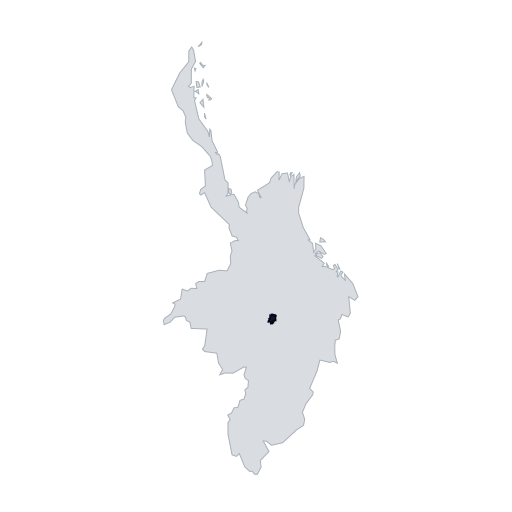 location of Mandalay, Mandalay, Myanmar, rotated 175°
{"feature_id": "60261553B2723221956862", "entity_name": "Mandalay", "entity_type": "district", "adm_level": 2, "iso_a3": "MMR", "parent_name": "Myanmar", "parent_adm1": "Mandalay", "projection": "albers", "projection_center": [96.164, 21.97], "detail": "fine", "context": "in_parent", "style": "filled", "palette": "ink", "viewbox_px": 512, "rotation_deg": 175, "n_neighbors": 0, "source": "geoboundaries", "source_scale": "gbopen_adm2", "svg_char_len": 5785}
<svg xmlns="http://www.w3.org/2000/svg" viewBox="0 0 512 512"><g transform="rotate(175 256 256)"><path d="M332.4,229.5L327.2,227.1L323.5,229.5L317.8,228.8L318.5,233.8L315.2,235.5L309.4,235.1L306.1,242.9L294.0,245.0L286.1,243.7L281.8,250.6L281.6,258.3L279.5,263.0L280.5,271.0L275.3,273.2L272.2,272.8L273.9,276.5L278.0,278.0L280.5,286.3L279.8,289.6L296.5,308.6L301.7,323.6L305.6,321.5L306.9,323.0L305.3,327.1L300.3,330.2L299.7,346.1L291.4,350.1L291.8,355.4L292.8,359.1L300.4,369.6L308.9,376.7L313.7,384.4L314.8,395.6L313.7,400.3L316.0,407.0L320.4,411.4L325.7,429.0L316.1,444.9L306.1,455.3L305.0,466.2L301.8,469.8L300.2,466.4L299.3,455.1L304.1,447.8L305.4,433.8L308.5,430.8L306.8,429.5L302.9,430.5L304.1,419.2L301.9,418.7L303.7,416.3L301.0,397.5L293.1,384.3L292.0,378.6L291.0,386.3L290.0,384.8L289.7,374.4L285.2,363.0L285.6,362.0L287.7,363.0L285.7,360.4L284.2,361.0L282.9,358.2L280.3,334.5L277.4,331.2L278.4,320.9L280.5,318.3L272.6,319.5L268.8,310.9L268.5,306.1L260.6,299.0L262.0,301.2L260.6,303.6L262.0,307.7L258.8,315.2L255.6,318.6L251.2,320.0L247.9,317.9L247.1,313.9L245.8,313.8L248.8,321.4L236.1,327.8L234.2,332.3L227.6,338.2L225.6,337.4L226.6,329.5L222.8,335.8L217.4,335.9L216.4,327.4L214.2,332.3L211.1,333.9L212.1,319.7L211.2,323.8L206.1,329.4L201.2,331.1L202.4,319.4L209.2,301.0L209.8,294.9L206.4,280.1L200.8,267.5L202.5,267.4L198.6,263.7L198.2,254.5L195.8,257.8L195.5,263.5L190.5,260.5L185.9,252.4L187.9,251.7L193.3,255.6L196.3,253.5L197.2,250.9L188.7,242.9L190.9,239.7L188.1,239.7L180.9,235.8L178.8,236.5L179.7,239.8L178.1,240.8L175.4,235.6L177.5,233.2L175.7,233.0L177.0,228.5L176.3,227.9L172.8,233.7L170.8,232.3L173.1,229.3L172.2,227.6L169.2,224.0L169.4,230.3L162.0,220.2L158.0,206.6L161.4,203.2L167.2,207.4L167.0,190.7L169.6,187.2L175.5,190.3L177.3,186.1L179.7,185.1L178.3,173.6L180.3,166.3L184.4,165.1L185.4,159.1L186.0,151.1L184.3,142.1L187.8,144.3L191.9,143.6L201.4,146.8L205.1,136.4L214.1,119.4L210.9,115.5L211.5,113.0L219.3,104.2L223.4,96.2L221.7,89.0L223.4,83.2L230.4,79.5L245.7,67.7L257.1,66.1L261.8,70.7L264.9,71.1L260.1,60.1L269.6,51.8L269.3,45.3L273.7,38.4L276.3,38.6L278.6,42.0L281.0,41.9L285.5,46.9L289.9,60.7L293.0,58.1L297.2,60.0L299.4,80.5L298.5,92.4L296.0,95.2L298.0,100.0L294.0,101.8L291.2,106.6L287.2,107.0L284.5,113.6L280.4,114.6L278.2,119.7L278.8,123.6L275.5,125.8L274.4,132.5L277.4,135.1L278.3,138.6L275.3,146.1L277.9,146.4L289.1,141.3L297.1,142.1L302.5,140.8L299.2,145.9L302.6,152.5L303.5,162.6L315.5,165.3L317.5,167.8L314.9,171.0L311.1,187.5L326.9,189.5L327.6,195.8L331.0,198.0L331.6,201.5L333.7,202.6L342.2,202.1L347.1,197.7L353.5,195.6L354.0,199.2L352.6,201.9L345.7,205.8L341.1,213.4L340.8,215.1L343.1,216.5L334.9,219.7L332.4,229.5ZM190.9,248.0L196.0,251.1L195.0,253.4L191.8,253.5L189.3,249.5L190.9,248.0ZM295.0,408.8L298.5,413.5L295.2,416.7L295.0,408.8ZM190.1,268.5L187.4,266.7L185.6,264.1L191.3,264.3L190.1,268.5ZM300.2,429.0L300.4,435.1L298.2,434.5L296.8,429.3L300.2,429.0ZM208.9,331.2L205.4,335.1L204.9,331.7L209.8,326.8L208.9,331.2ZM277.2,325.7L275.0,324.5L274.7,320.9L276.4,319.9L277.7,321.6L277.2,325.7ZM293.3,436.6L292.8,434.6L295.0,429.6L294.7,433.9L293.3,436.6ZM292.2,448.1L295.2,452.7L294.7,453.7L291.9,450.1L290.2,450.3L292.2,448.1ZM302.2,425.4L299.1,426.8L298.8,422.5L302.2,425.4ZM295.4,469.5L291.3,473.6L291.8,471.3L295.4,469.5ZM174.4,236.3L175.7,241.4L173.5,235.3L174.4,236.3ZM295.0,399.0L294.9,402.9L293.8,396.7L295.0,399.0ZM186.1,240.1L186.6,243.3L184.4,238.7L186.1,240.1ZM291.1,421.1L288.8,419.2L289.5,417.8L290.7,418.1L291.1,421.1ZM289.4,415.6L287.9,418.2L286.4,416.6L287.6,415.5L289.4,415.6ZM289.9,430.8L290.0,433.0L288.2,427.9L289.9,430.8ZM214.3,335.9L212.7,335.8L214.9,333.2L215.1,334.2L214.3,335.9ZM301.0,448.5L299.5,448.1L300.6,445.6L301.0,448.5Z" fill="#d9dde1" stroke="#a8b0b8" stroke-width="1"/><path d="M247.2,195.6L247.3,195.3L247.3,195.2L247.2,194.8L247.2,194.6L247.0,194.4L246.9,194.2L247.0,194.0L247.3,194.2L247.3,193.9L247.4,193.5L247.4,193.3L247.6,193.2L247.7,192.9L247.8,192.7L248.0,192.5L248.0,192.4L247.9,192.4L248.0,192.4L247.9,192.2L248.0,192.2L247.9,192.1L248.0,192.0L248.0,191.9L247.9,191.9L247.8,191.7L248.3,191.3L248.6,191.2L248.8,191.1L248.9,190.8L249.0,190.7L249.1,190.4L249.3,190.2L249.4,189.9L249.5,189.7L249.6,189.4L249.6,189.2L249.4,189.2L249.3,189.3L249.0,189.5L248.9,189.6L248.5,189.5L248.3,189.6L248.2,189.5L248.0,189.4L248.1,189.2L247.9,189.0L247.7,188.9L247.4,189.0L247.2,188.9L246.8,188.8L246.8,188.7L246.9,188.4L246.9,188.2L246.9,187.9L246.9,187.7L247.0,187.5L247.2,187.4L247.1,187.2L246.9,187.4L246.7,187.5L246.5,187.4L246.2,187.4L245.8,187.2L245.5,187.2L245.4,187.5L245.2,187.6L244.9,187.8L244.8,188.0L245.2,188.1L245.1,188.4L245.1,188.5L244.9,188.5L244.8,188.9L244.8,189.0L244.6,189.0L244.5,188.9L244.5,189.4L244.4,189.3L244.4,189.6L244.1,189.6L243.9,189.8L243.6,189.7L243.3,189.9L243.2,189.7L243.0,189.8L242.9,189.8L242.7,189.9L242.7,190.0L242.9,190.3L242.9,190.5L242.6,190.7L242.3,190.8L242.2,190.9L242.0,190.7L242.0,190.9L241.9,191.0L241.9,191.3L242.0,191.5L242.1,191.8L242.1,192.1L242.0,192.3L242.0,192.5L241.9,192.8L241.9,193.0L241.7,193.6L241.6,193.9L241.4,194.2L241.4,194.4L241.4,194.5L241.3,194.8L241.3,195.0L241.5,195.1L241.7,195.3L241.9,195.5L242.0,195.6L242.4,195.5L242.6,195.3L242.6,195.2L242.4,195.1L242.5,194.8L242.7,194.7L242.8,194.6L243.1,194.9L243.1,195.0L243.1,195.3L243.3,195.2L243.5,195.1L243.8,195.3L243.7,195.5L243.4,195.7L243.3,195.9L243.3,196.0L243.6,196.1L243.7,195.8L243.7,195.7L243.8,195.6L244.0,195.6L244.5,195.4L244.5,195.5L244.5,195.8L244.7,196.1L244.6,196.3L244.8,196.5L245.1,196.4L245.3,196.4L245.3,196.2L245.2,196.0L245.2,195.9L245.4,195.8L245.5,195.8L245.6,196.0L245.8,196.2L245.9,195.8L246.0,195.7L246.0,195.3L246.0,195.2L246.7,194.9L246.8,194.8L247.0,194.8L246.9,195.0L247.0,195.3L247.2,195.6Z" fill="#0f172a" stroke="#020617" stroke-width="1.5"/></g></svg>